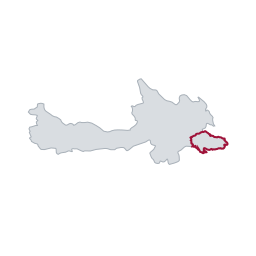 Phôngsali on a map of Laos (Equal Earth projection), rotated 120°
{"feature_id": "LAO-3291", "entity_name": "Phôngsali", "entity_type": "Province", "adm_level": 1, "iso_a3": "LAO", "parent_name": "Laos", "parent_adm1": "", "projection": "equal_earth", "projection_center": [102.249, 21.683], "detail": "fine", "context": "in_parent", "style": "outline", "palette": "rose", "viewbox_px": 256, "rotation_deg": 120, "n_neighbors": 0, "source": "natural_earth", "source_scale": "10m", "svg_char_len": 5845}
<svg xmlns="http://www.w3.org/2000/svg" viewBox="0 0 256 256"><g transform="rotate(120 128 128)"><path d="M98.8,36.2L99.7,38.3L103.9,43.9L104.7,45.4L106.2,46.5L107.5,51.5L108.0,51.8L108.7,51.5L109.3,50.8L109.7,48.9L110.0,48.7L110.5,50.2L111.6,50.7L112.2,51.4L112.3,52.6L112.1,53.8L111.2,56.6L110.6,60.4L114.7,68.6L116.4,69.7L120.5,71.0L123.3,72.8L124.6,72.4L125.9,70.4L127.3,69.3L130.1,67.5L130.9,67.4L132.4,68.1L134.9,70.1L138.8,73.9L138.6,75.0L137.9,75.9L135.9,77.5L135.3,78.4L135.7,78.8L137.4,79.0L139.4,79.9L140.0,80.9L140.3,83.2L140.7,83.6L142.5,83.3L143.1,83.6L143.8,84.4L144.5,86.3L144.4,87.7L142.6,90.2L142.4,91.7L141.5,93.4L139.0,96.4L138.3,96.6L133.6,95.0L129.9,95.2L129.6,95.8L130.2,97.6L130.4,99.4L129.8,100.8L127.7,102.5L127.6,103.3L128.1,104.1L131.2,105.7L141.1,114.3L145.7,116.0L147.7,117.0L148.2,117.7L148.2,118.4L147.7,119.4L147.2,121.1L147.2,122.1L147.7,123.1L148.5,124.5L151.3,127.8L153.4,128.6L155.5,132.3L156.2,135.6L157.2,137.7L162.5,144.9L166.8,149.2L169.4,154.0L170.7,155.0L171.1,156.8L171.5,161.7L173.0,164.2L173.3,165.2L174.0,166.0L174.7,166.1L176.2,164.5L176.5,164.7L177.2,167.4L177.8,168.3L180.1,169.9L182.6,173.1L183.9,174.3L185.6,175.2L185.8,176.2L185.5,177.2L185.0,177.9L182.2,179.7L181.8,180.5L183.7,184.6L188.5,189.6L190.0,192.6L189.6,194.1L188.4,197.0L187.4,197.8L187.2,198.8L187.9,201.2L187.9,204.9L187.0,205.8L186.2,208.0L185.6,208.2L184.1,207.4L181.1,211.3L179.8,211.1L178.3,213.3L176.4,213.5L175.0,211.9L172.1,209.3L171.1,207.7L170.2,209.1L168.7,210.4L166.5,209.9L166.0,211.9L165.5,212.3L162.9,212.6L162.5,212.9L162.9,214.7L164.4,217.7L164.9,219.4L164.0,222.3L161.3,222.2L160.1,221.1L158.5,218.7L155.1,217.1L152.8,218.2L152.1,218.1L150.3,216.1L149.7,214.8L149.3,212.8L151.9,211.3L153.2,210.1L154.1,208.8L154.5,207.4L154.9,201.8L155.2,199.8L155.0,197.4L154.3,195.5L154.3,192.6L154.6,190.3L155.6,189.1L156.3,187.5L156.7,183.7L156.4,182.8L155.4,181.9L153.7,181.0L152.7,179.9L152.3,178.6L152.3,177.4L152.8,176.4L151.5,175.3L148.5,174.1L146.9,172.6L146.5,170.9L145.2,168.6L143.1,165.8L141.9,161.8L141.8,156.6L142.0,152.3L142.9,147.4L141.7,143.8L140.3,142.0L138.4,140.6L136.5,138.6L134.8,136.0L132.7,132.2L130.3,127.2L128.6,125.0L127.8,125.5L126.1,125.0L123.4,123.6L121.1,122.8L119.1,122.7L117.8,123.0L117.2,123.8L117.2,124.5L117.7,125.3L117.4,125.8L116.4,126.3L115.5,127.1L114.6,128.9L113.9,131.3L113.0,132.3L111.4,132.5L109.9,133.2L108.5,134.3L107.8,135.2L107.9,135.8L107.5,136.0L106.8,135.6L106.5,134.8L106.5,133.6L105.8,132.7L104.2,132.3L102.5,131.0L99.1,127.5L98.4,127.3L97.3,128.2L95.9,130.2L94.7,131.0L93.7,130.6L93.0,131.2L92.5,133.0L91.6,134.4L87.1,138.2L83.0,143.0L82.0,143.4L79.6,142.1L78.8,141.1L82.2,131.2L82.7,128.8L82.6,125.7L81.2,123.0L81.1,122.2L81.3,121.4L83.1,118.4L85.1,110.5L85.0,108.0L84.1,105.3L83.6,102.8L84.0,99.3L83.9,98.0L82.9,97.3L79.9,96.6L78.1,97.2L77.3,98.1L76.2,98.7L74.3,99.0L72.5,97.9L71.0,95.9L70.6,93.4L72.5,88.2L73.0,86.1L73.0,85.2L72.6,84.2L72.2,84.0L71.2,82.8L70.3,80.6L69.4,79.6L68.5,79.8L67.7,80.6L66.4,82.7L66.0,82.4L67.2,75.2L68.3,72.1L69.5,70.7L70.9,70.1L72.3,70.3L73.4,70.0L74.4,69.3L74.3,68.9L73.2,68.8L72.7,67.9L73.0,66.4L73.5,65.4L74.2,64.9L75.0,63.4L75.7,60.8L76.6,59.4L77.6,59.4L79.3,58.3L81.8,56.0L82.8,53.9L83.7,54.9L83.4,57.4L83.9,57.9L84.1,58.8L84.0,60.2L84.2,61.4L84.5,61.9L85.1,62.2L87.7,61.2L89.3,61.1L92.0,63.0L93.5,61.6L93.5,61.1L92.3,59.4L92.7,53.0L92.5,48.2L90.3,44.7L89.9,43.3L89.7,40.9L89.1,39.0L90.6,37.4L91.5,34.4L92.5,33.7L92.9,33.8L94.2,36.0L95.9,34.9L97.2,34.9L98.2,35.5L98.8,36.2Z" fill="#d9dde1" stroke="#a8b0b8" stroke-width="1"/><path d="M92.7,33.7L92.8,33.7L93.3,34.2L93.8,35.7L94.2,36.1L94.6,36.2L94.8,36.0L94.9,35.5L95.0,35.1L95.3,35.0L96.0,35.0L96.4,34.8L96.7,34.8L97.0,34.8L98.0,35.1L98.3,35.3L98.4,35.5L98.5,35.8L98.8,36.1L98.9,36.4L99.1,37.0L99.2,37.3L99.3,37.3L99.3,37.5L99.2,37.7L99.3,37.9L99.5,38.2L99.8,38.4L100.0,38.7L100.1,39.1L100.4,39.5L101.4,40.1L102.6,41.5L103.1,41.9L103.2,42.1L103.3,42.3L103.5,42.9L103.6,43.1L103.9,43.4L104.3,43.7L104.6,44.0L104.4,44.3L104.3,44.5L104.5,45.4L105.1,45.8L105.8,46.1L106.3,46.6L106.9,48.2L107.0,49.1L107.0,50.4L107.0,50.9L107.1,51.3L107.2,51.7L107.3,51.9L108.3,51.9L109.0,51.4L109.3,50.8L109.5,50.1L109.5,48.4L109.8,48.0L110.2,48.4L110.3,49.3L110.2,50.2L110.3,50.6L110.5,50.9L110.8,50.9L111.9,50.2L112.0,50.1L112.3,50.5L112.3,51.0L112.3,52.5L112.4,53.0L112.6,53.5L112.2,54.1L111.6,55.0L111.3,55.4L110.5,57.0L110.8,56.8L111.1,56.6L111.4,56.4L111.6,56.4L111.6,56.7L111.1,57.8L111.0,58.2L111.0,59.2L111.0,59.6L110.8,59.8L110.2,60.0L109.9,60.3L109.8,60.7L109.9,60.8L110.2,60.7L110.6,60.7L110.8,60.9L111.0,61.1L111.2,61.3L111.3,61.5L111.2,61.7L111.1,62.2L111.1,62.4L111.2,62.6L111.3,62.6L111.6,62.8L111.8,63.1L110.5,63.3L110.2,63.2L109.8,63.6L109.7,64.6L109.7,65.2L109.5,65.5L109.1,65.6L108.9,65.7L108.9,65.8L108.8,66.0L107.8,66.5L107.5,66.7L107.3,67.4L106.7,67.3L106.3,67.4L106.0,67.7L105.0,69.1L104.1,68.7L104.1,68.2L103.9,68.0L103.4,67.9L102.9,67.8L102.4,67.4L101.8,67.1L101.4,66.5L100.8,66.0L100.3,65.8L99.7,66.0L99.1,65.9L98.6,65.5L98.1,64.9L97.4,63.7L96.9,63.3L95.6,62.9L95.4,62.6L95.2,62.4L94.9,62.3L94.2,61.6L93.9,61.4L93.9,61.1L93.8,60.8L93.7,60.6L93.5,60.4L93.3,60.3L92.5,59.9L92.2,59.6L92.1,59.2L92.1,58.9L92.3,58.1L92.4,55.9L92.6,55.4L92.7,55.0L92.5,54.2L92.5,53.8L92.7,53.6L93.1,53.5L93.4,53.4L93.6,53.0L93.6,52.6L93.3,52.4L93.0,52.3L92.8,52.1L92.7,51.9L92.8,51.4L92.8,51.2L92.7,51.0L92.4,50.7L92.3,50.3L92.4,49.9L92.7,48.7L92.3,48.0L92.2,47.9L92.0,47.3L91.7,46.7L91.6,46.3L91.6,46.2L90.9,45.8L90.5,45.5L90.4,45.2L90.3,44.3L90.2,43.9L89.7,43.0L89.6,42.5L89.6,42.0L89.7,41.6L89.8,41.2L89.7,40.6L89.5,40.3L89.0,39.5L88.9,39.1L89.2,38.8L89.3,38.6L89.5,38.5L89.9,38.5L90.1,38.6L90.3,38.5L90.4,38.3L90.6,37.4L90.7,37.0L90.7,36.9L91.0,36.6L91.0,36.1L91.0,35.7L91.0,35.3L91.2,34.8L91.4,34.4L91.7,34.1L92.1,33.8L92.6,33.7L92.7,33.7Z" fill="none" stroke="#9f1239" stroke-width="2"/></g></svg>